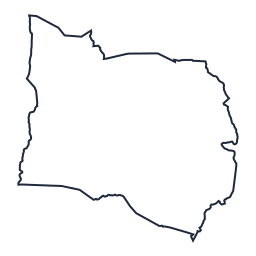 outline of Monte Santo, Bahia, Brazil
{"feature_id": "56859067B5378838319311", "entity_name": "Monte Santo", "entity_type": "district", "adm_level": 2, "iso_a3": "BRA", "parent_name": "Brazil", "parent_adm1": "Bahia", "projection": "orthographic", "projection_center": [-39.443, -10.381], "detail": "fine", "context": "isolated", "style": "outline", "palette": "slate", "viewbox_px": 256, "rotation_deg": 0, "n_neighbors": 0, "source": "geoboundaries", "source_scale": "gbopen_adm2", "svg_char_len": 4315}
<svg xmlns="http://www.w3.org/2000/svg" viewBox="0 0 256 256"><path d="M24.8,148.7L23.8,149.7L23.9,151.2L23.4,153.1L22.9,154.4L22.9,156.0L22.3,157.8L22.4,159.4L22.6,160.8L21.7,161.5L20.5,162.3L20.2,163.8L19.8,165.3L19.9,166.9L19.8,168.5L19.8,169.9L20.7,170.6L21.9,171.3L22.3,172.5L21.1,173.2L19.9,174.2L19.5,175.3L19.9,176.7L20.6,178.0L20.9,179.0L20.6,180.2L19.8,181.2L18.6,182.3L18.4,183.5L18.4,184.7L21.9,184.5L48.0,185.5L49.7,185.6L56.9,185.8L61.6,186.0L79.6,189.8L88.0,195.8L93.7,199.8L94.9,199.4L96.0,198.8L97.1,199.6L98.9,199.1L100.2,197.6L101.2,197.3L102.1,196.2L103.3,195.7L104.2,196.4L105.3,196.6L106.2,196.1L107.2,195.9L108.2,194.9L109.2,194.8L110.4,195.4L111.5,195.2L112.5,195.4L113.8,195.3L114.8,194.6L116.2,195.3L117.8,195.5L119.1,194.9L120.3,195.1L121.4,195.5L122.5,195.8L123.6,196.6L130.1,206.3L136.2,213.2L143.8,217.4L147.5,219.4L159.0,225.8L160.2,226.0L162.1,225.7L163.0,226.7L164.5,226.4L170.1,227.5L187.3,232.5L193.2,234.4L192.4,235.2L191.1,236.1L191.5,237.6L192.4,239.2L193.0,240.6L196.9,233.4L197.4,232.3L197.6,231.1L198.8,231.5L199.9,231.3L200.9,230.1L200.1,228.8L199.5,227.7L200.4,227.2L201.2,226.6L202.0,225.1L202.3,224.1L203.1,222.9L203.4,221.5L204.0,220.3L204.9,218.8L204.7,217.7L204.8,216.6L204.7,215.3L204.5,214.0L204.7,212.7L205.8,211.2L206.4,210.0L208.3,209.4L209.7,208.7L210.7,207.4L210.6,205.7L211.3,204.5L213.2,204.5L215.0,203.9L216.0,203.4L217.3,202.3L218.5,201.0L219.7,201.6L219.9,202.9L220.7,203.7L221.8,204.5L223.1,204.1L224.8,203.6L224.7,202.1L224.2,200.7L224.8,199.5L226.1,199.3L226.6,198.4L228.3,197.8L229.8,197.2L230.9,195.4L231.5,193.9L232.4,192.4L233.2,190.9L235.9,169.3L236.3,165.7L236.3,164.5L236.3,163.3L235.4,162.2L234.8,160.8L234.0,159.7L233.6,158.5L233.6,157.2L234.3,156.3L234.5,155.2L234.7,154.0L234.6,152.9L234.4,151.8L233.5,151.0L232.0,150.7L230.9,150.5L229.8,150.5L228.1,150.1L226.6,149.1L224.8,148.6L223.8,147.6L223.0,146.6L222.0,145.4L221.6,144.1L222.4,143.3L223.5,142.8L225.9,143.0L227.4,142.4L228.9,142.4L230.9,141.8L232.1,141.5L232.8,142.4L233.6,143.8L234.6,144.4L235.8,143.9L236.7,142.9L237.0,141.3L237.1,139.6L237.6,138.0L237.6,136.6L237.2,135.4L237.3,134.2L236.5,132.9L236.2,131.9L236.2,130.8L236.2,129.6L235.4,128.4L234.6,127.3L234.2,125.8L233.6,124.4L232.4,123.5L231.7,122.0L231.5,120.5L231.2,119.5L230.9,118.1L230.4,116.8L229.8,115.9L229.4,114.6L228.8,112.1L228.3,111.1L227.9,110.0L227.8,109.0L227.8,108.0L228.1,106.8L225.5,105.1L223.9,104.5L223.6,103.3L227.1,100.1L229.0,98.3L228.2,97.6L227.2,96.1L226.2,94.8L225.4,93.3L225.0,91.9L224.2,90.6L223.9,88.6L223.7,87.2L224.0,86.2L223.9,84.5L223.1,83.2L222.4,82.6L221.0,82.0L219.7,81.2L218.7,80.1L218.1,79.2L217.6,78.1L216.6,76.7L215.1,76.1L213.6,76.1L212.4,75.2L211.4,74.6L209.9,73.4L208.1,72.3L207.7,70.2L207.2,68.4L205.9,67.6L206.1,65.6L206.3,64.3L205.5,61.4L194.2,60.8L193.1,60.9L192.3,60.1L191.3,59.9L189.7,59.9L188.1,60.1L186.8,59.8L185.3,60.0L183.9,59.9L182.3,60.2L180.8,60.2L179.3,60.9L174.5,59.8L174.9,60.9L175.0,61.9L158.0,53.5L156.1,53.4L153.1,53.4L142.4,53.5L128.4,53.6L125.5,54.2L107.8,58.3L106.5,58.6L103.8,59.0L104.1,57.6L104.0,56.5L104.1,55.0L103.2,53.5L102.3,52.7L101.0,50.9L100.1,49.4L100.3,47.9L99.4,47.0L98.2,45.7L93.4,46.2L93.7,45.1L93.5,43.6L93.8,42.4L93.3,41.0L92.2,40.5L91.2,39.0L90.6,37.6L90.0,36.4L90.1,35.3L90.8,34.4L91.2,32.8L91.1,30.6L88.3,32.3L81.4,36.7L64.6,35.4L58.5,27.8L45.7,21.0L41.1,18.5L36.6,16.1L29.2,15.4L29.4,16.5L29.9,17.7L29.9,19.0L29.9,20.5L29.8,21.8L30.0,23.4L30.1,24.9L29.8,26.5L29.8,28.0L30.0,29.8L30.2,31.1L30.7,32.7L31.9,33.5L32.0,35.1L31.9,36.7L31.9,37.8L31.8,39.3L31.7,40.8L31.7,42.0L31.7,43.1L31.7,44.4L31.6,46.6L31.4,48.2L31.2,49.7L31.2,51.0L31.2,52.2L31.2,53.3L31.1,54.7L30.7,56.4L30.3,57.6L30.1,58.7L29.9,59.9L29.7,61.5L29.5,63.0L29.8,64.4L30.1,65.7L30.1,66.8L29.9,67.8L29.8,69.1L29.6,70.6L29.4,71.9L29.2,72.9L28.9,74.4L28.2,75.8L27.5,77.5L26.8,78.6L34.9,87.7L35.1,88.9L35.7,89.9L36.1,90.8L37.3,102.9L37.0,104.5L37.3,106.0L36.2,106.7L35.4,107.6L35.0,109.3L34.4,110.6L33.6,111.7L31.8,112.1L30.1,112.6L29.4,113.9L29.1,115.1L29.0,116.2L28.5,117.3L28.7,118.9L28.9,120.6L28.5,121.9L29.0,122.8L29.5,124.1L29.4,125.5L29.4,126.7L29.7,128.4L29.9,130.1L29.5,131.7L29.6,132.9L29.9,134.1L30.5,135.2L31.0,136.9L31.1,138.6L30.1,140.1L29.1,140.5L28.6,141.7L28.8,142.8L28.6,144.8L27.6,146.4L26.5,148.3L24.8,148.7Z" fill="none" stroke="#1e293b" stroke-width="2"/></svg>